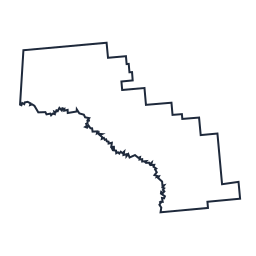 Aguirre, Santiago del Estero, Argentina, rotated 175°
{"feature_id": "61730980B73101966705720", "entity_name": "Aguirre", "entity_type": "district", "adm_level": 2, "iso_a3": "ARG", "parent_name": "Argentina", "parent_adm1": "Santiago del Estero", "projection": "orthographic", "projection_center": [-62.375, -29.263], "detail": "medium", "context": "isolated", "style": "outline", "palette": "slate", "viewbox_px": 256, "rotation_deg": 175, "n_neighbors": 0, "source": "geoboundaries", "source_scale": "gbopen_adm2", "svg_char_len": 1882}
<svg xmlns="http://www.w3.org/2000/svg" viewBox="0 0 256 256"><g transform="rotate(175 128 128)"><path d="M102.9,41.2L55.3,41.4L55.3,47.6L22.5,47.8L22.6,64.7L39.2,63.8L39.4,114.7L56.2,114.6L56.3,132.2L73.1,132.3L73.1,137.1L82.5,137.2L82.5,149.4L108.1,149.5L108.1,166.4L130.5,166.4L130.5,174.9L119.2,175.0L119.1,183.3L121.7,183.4L121.7,191.8L123.8,191.8L123.8,199.7L141.8,199.7L141.9,214.8L225.4,214.6L233.5,160.7L232.2,160.0L231.2,162.1L229.3,160.8L228.6,162.5L225.7,162.8L222.9,161.0L223.5,159.4L221.4,159.9L219.3,158.3L216.0,151.4L208.9,151.0L208.0,148.7L204.1,149.1L203.5,147.4L201.8,148.9L199.8,148.2L200.1,150.7L198.8,149.9L197.3,152.7L197.7,151.0L196.6,150.8L194.6,154.0L192.5,151.3L191.4,154.2L191.3,152.0L189.7,152.6L190.0,150.8L186.6,151.3L186.7,148.2L177.7,148.9L177.4,151.0L175.2,146.8L170.8,145.1L169.8,142.4L165.8,141.2L167.4,139.4L165.4,138.6L167.6,138.9L167.9,136.3L169.3,135.8L168.7,133.8L170.5,132.8L168.7,131.9L167.2,134.0L165.4,131.0L163.8,130.8L163.6,127.5L158.8,127.3L159.4,125.4L157.7,126.2L157.8,124.8L154.5,124.2L156.7,123.4L154.5,121.2L155.0,119.5L152.9,120.2L152.2,118.3L150.8,118.6L150.3,116.6L148.6,116.1L148.7,114.2L145.4,114.7L146.3,110.6L143.7,110.5L143.8,108.6L145.9,109.4L145.0,107.2L141.9,106.5L141.9,103.9L140.1,104.7L138.9,103.3L137.3,105.0L135.7,103.4L133.9,104.8L134.8,101.5L131.8,102.0L132.0,100.0L130.0,102.0L129.0,98.5L123.4,100.4L120.3,97.4L118.6,97.9L119.3,95.6L116.6,95.7L116.8,93.4L112.9,93.4L113.9,92.6L113.1,91.7L110.0,91.6L109.5,90.0L107.4,91.5L108.2,89.1L105.1,89.0L106.0,87.2L103.4,85.1L104.6,84.3L103.2,81.4L105.7,78.8L103.0,77.6L103.6,76.7L101.4,77.1L102.3,75.5L98.7,71.7L98.7,67.5L97.0,67.8L98.8,65.7L97.2,64.8L98.6,63.3L97.3,61.7L98.8,60.3L100.5,61.5L100.9,59.8L97.2,56.8L98.2,54.8L100.2,55.3L99.9,51.4L102.1,51.7L103.2,51.0L101.4,51.2L103.4,48.8L101.8,45.8L102.9,41.2Z" fill="none" stroke="#1e293b" stroke-width="2"/></g></svg>